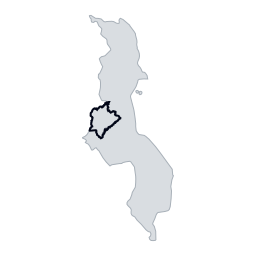 Kasungu, Kasungu, Malawi shown in context
{"feature_id": "42251766B4237185447418", "entity_name": "Kasungu", "entity_type": "district", "adm_level": 2, "iso_a3": "MWI", "parent_name": "Malawi", "parent_adm1": "Kasungu", "projection": "orthographic", "projection_center": [33.451, -12.996], "detail": "fine", "context": "in_parent", "style": "outline", "palette": "ink", "viewbox_px": 256, "rotation_deg": 0, "n_neighbors": 0, "source": "geoboundaries", "source_scale": "gbopen_adm2", "svg_char_len": 7341}
<svg xmlns="http://www.w3.org/2000/svg" viewBox="0 0 256 256"><path d="M97.7,149.8L96.1,147.7L94.9,148.2L93.2,149.7L92.2,150.1L91.7,150.0L91.4,149.7L91.0,148.7L89.7,146.0L88.2,144.1L86.6,143.3L85.3,142.5L85.9,141.6L86.5,141.0L86.2,140.3L85.5,139.4L82.6,138.1L82.6,137.5L85.1,136.3L86.7,134.9L87.7,133.6L89.1,130.7L90.2,127.8L91.0,126.8L91.3,124.9L91.1,122.7L91.6,120.0L91.9,117.4L91.1,116.3L90.3,114.6L91.2,111.6L92.5,109.5L98.8,107.4L103.2,105.4L104.1,104.6L105.6,102.9L106.4,101.3L105.8,100.8L102.4,100.7L101.5,100.1L99.0,94.4L100.4,87.9L100.5,85.3L100.5,82.1L100.1,79.8L99.0,78.8L98.3,77.6L98.5,74.2L99.5,73.8L101.7,69.3L102.7,66.6L101.5,64.5L100.2,61.5L99.6,59.6L99.3,58.9L100.2,57.7L101.7,56.6L103.3,56.3L105.1,55.7L110.7,50.1L110.7,49.0L109.7,47.2L107.6,44.3L107.2,43.2L106.9,39.8L106.1,38.7L103.0,36.5L100.7,34.0L101.4,31.6L101.8,28.9L100.7,27.5L98.9,25.9L97.9,23.7L97.4,22.1L96.0,21.4L94.7,21.4L93.8,22.4L92.8,22.3L91.6,22.0L91.2,20.6L91.2,19.0L90.3,18.0L89.5,16.5L89.4,15.7L89.9,15.5L91.0,15.4L95.5,18.3L98.2,18.4L101.2,19.0L103.8,21.5L105.2,21.9L106.9,21.5L111.8,21.3L113.7,21.6L116.3,23.1L117.3,23.4L118.8,23.4L119.1,23.0L119.3,22.1L119.0,20.3L119.4,19.3L120.3,18.3L123.0,19.5L129.7,25.2L129.9,25.9L134.1,31.5L135.5,33.9L135.5,35.1L136.8,40.0L137.0,42.3L136.7,44.1L136.8,45.4L137.3,47.4L137.1,48.3L138.6,51.2L139.3,53.7L139.5,56.1L139.1,58.4L137.7,61.8L137.5,63.2L137.8,64.4L138.6,65.8L140.0,67.3L141.1,69.1L141.9,71.1L142.5,72.1L143.2,72.1L144.7,72.4L145.8,73.6L147.1,75.6L147.5,78.0L147.7,79.0L143.9,78.9L139.2,79.3L138.0,80.2L137.6,82.2L136.1,86.4L135.3,87.9L133.5,90.7L131.0,94.7L130.5,96.0L130.6,97.3L132.0,102.7L133.5,108.4L134.0,110.6L135.1,118.2L135.7,123.5L135.7,126.6L136.2,130.8L137.6,133.1L139.0,134.5L144.3,135.4L145.9,136.5L148.9,139.1L155.5,146.6L159.1,151.3L162.2,155.5L167.8,163.2L172.2,169.2L172.7,174.9L173.4,175.7L171.9,179.8L170.8,186.5L171.5,191.0L171.1,198.6L170.2,206.7L169.2,209.6L167.9,210.7L164.8,211.5L158.0,212.5L157.0,213.4L156.1,215.0L154.8,218.7L153.1,222.4L152.6,224.0L152.9,224.4L154.3,226.4L155.7,231.3L155.9,239.7L155.4,240.3L153.4,240.6L151.3,240.5L150.4,240.0L149.6,239.1L149.1,237.3L150.5,236.1L151.0,233.9L150.1,232.0L148.3,231.6L146.0,229.8L141.2,224.2L137.1,220.2L134.8,216.9L132.4,215.6L131.7,214.8L131.1,213.4L131.1,211.5L131.3,210.0L130.6,208.3L128.1,205.8L127.0,204.4L127.0,202.7L128.0,201.0L130.1,199.1L131.7,195.0L132.3,192.4L135.3,187.2L135.7,182.7L135.8,179.0L135.7,176.3L134.9,170.7L134.4,166.9L130.8,161.8L129.6,161.3L126.1,161.8L123.1,162.5L121.6,163.5L119.3,163.6L113.4,164.5L111.6,164.8L110.5,165.7L109.9,165.9L106.2,162.0L103.0,157.8L98.8,150.6L97.7,149.8ZM140.8,94.5L139.8,94.7L139.2,94.2L139.3,92.6L139.7,91.5L140.7,91.3L141.4,91.6L141.9,92.1L141.9,93.0L141.6,93.8L140.8,94.5ZM138.6,91.6L138.0,93.2L136.9,93.1L135.8,91.8L136.1,90.7L137.2,90.4L138.1,90.8L138.6,91.6Z" fill="#d9dde1" stroke="#a8b0b8" stroke-width="1"/><path d="M111.8,126.0L111.7,125.8L111.8,125.4L112.1,125.4L112.3,125.2L112.5,125.2L112.8,124.9L113.0,124.7L113.5,124.5L113.4,124.1L113.5,123.9L113.5,123.7L113.9,123.5L114.0,123.4L114.3,123.0L114.6,122.9L114.7,123.0L114.9,123.0L114.9,122.9L115.0,122.9L115.3,122.7L115.2,122.5L115.2,122.3L115.1,122.1L115.2,121.9L115.6,121.8L115.8,121.6L116.1,121.6L116.3,121.7L116.5,121.5L116.5,121.4L117.1,121.2L117.3,120.8L117.6,120.7L117.8,120.6L118.1,120.5L118.3,119.7L118.5,119.4L118.8,119.3L119.0,119.3L119.1,119.2L119.3,119.0L119.4,118.9L119.8,118.7L120.0,118.6L120.3,118.5L120.4,118.0L120.1,117.8L119.8,117.7L119.7,117.5L119.6,117.4L119.4,117.3L119.3,117.1L119.2,117.1L119.0,116.6L118.9,116.2L117.9,115.7L116.9,115.6L116.5,115.6L116.4,115.6L116.1,115.5L116.0,115.2L115.9,115.1L115.7,115.1L115.4,115.1L115.2,114.8L115.0,114.6L115.1,114.3L115.2,114.1L115.2,113.8L115.2,113.7L115.4,113.5L115.3,113.3L115.3,113.2L115.2,113.1L115.2,112.9L115.3,112.8L115.3,112.7L115.5,112.3L115.6,112.2L115.6,111.8L115.5,111.7L115.1,111.7L114.8,111.7L114.5,111.7L114.5,111.9L114.3,111.9L114.1,111.7L113.9,111.5L113.8,111.4L113.9,111.2L113.7,111.1L113.3,111.1L113.2,111.1L113.0,111.3L112.7,111.3L112.4,111.5L112.0,112.0L111.6,112.2L111.4,112.3L111.2,112.4L110.9,112.4L110.7,112.6L109.8,111.8L109.7,111.2L109.0,110.4L108.6,110.6L108.2,110.9L107.7,109.9L107.6,108.5L107.7,108.2L107.9,108.0L108.1,107.8L108.4,107.6L108.4,107.3L108.3,107.2L108.2,107.2L107.9,106.8L107.9,106.6L107.7,106.5L107.7,106.1L107.6,105.7L107.5,105.4L107.4,105.2L107.1,104.7L107.4,104.4L108.5,104.1L108.4,103.5L109.1,102.0L108.7,102.0L108.4,102.3L107.5,102.3L107.2,102.2L106.7,102.4L106.4,102.5L106.2,102.8L106.2,103.0L105.8,103.1L105.6,103.2L105.4,103.2L105.3,103.4L105.2,103.4L105.2,103.6L105.4,104.0L105.5,104.3L105.2,104.6L104.8,104.6L104.7,104.7L104.4,104.9L104.1,105.0L104.1,105.3L103.9,105.4L103.8,105.6L103.5,105.8L103.7,106.0L103.5,106.3L103.3,106.3L103.1,106.5L102.9,106.7L102.7,107.1L102.3,107.3L102.1,107.4L102.0,107.2L101.8,107.0L101.4,107.0L101.3,106.9L101.3,106.7L101.1,106.6L100.9,106.5L100.7,106.6L99.8,106.7L99.6,106.8L99.4,107.1L98.7,108.1L98.3,108.5L97.9,108.6L97.7,108.7L97.6,108.9L97.3,109.5L97.1,109.8L97.0,109.7L96.9,109.6L97.1,108.8L96.9,108.7L96.6,108.6L96.2,108.4L95.8,108.5L95.7,108.5L95.4,108.6L95.2,108.9L94.9,108.8L94.6,108.4L93.8,108.7L93.3,109.1L93.0,109.5L92.7,109.9L92.3,110.4L92.3,110.6L92.1,111.3L92.0,111.7L91.6,112.2L91.3,112.5L90.8,113.0L90.7,113.2L90.7,115.0L90.6,115.5L90.7,115.9L90.9,116.0L91.5,116.5L91.7,116.8L91.9,116.9L92.2,117.0L92.3,117.1L92.6,117.7L92.6,117.9L92.4,118.1L92.3,118.8L92.2,119.4L92.2,119.7L92.2,119.9L92.1,120.1L91.8,120.3L91.7,120.7L91.6,120.9L91.4,121.0L91.5,121.2L91.7,121.6L91.6,122.1L91.3,122.5L91.3,123.0L91.2,123.4L91.2,123.6L91.3,123.9L91.3,124.1L91.3,124.3L91.2,124.6L91.3,124.7L91.7,125.3L92.1,126.1L92.3,126.3L92.3,126.5L91.7,126.7L91.4,126.9L91.2,127.3L91.1,127.7L91.0,127.8L90.6,127.9L90.4,128.0L90.2,128.3L89.9,129.5L89.6,130.3L89.8,130.7L95.8,130.2L96.2,130.4L96.3,130.5L96.3,130.9L96.4,131.4L96.3,131.6L96.3,131.8L96.2,131.9L96.1,132.1L96.2,132.4L96.3,132.5L96.5,133.1L96.7,133.3L96.7,133.5L96.9,133.7L97.0,133.9L97.0,134.3L97.0,134.8L97.3,135.1L97.7,135.3L98.1,135.6L98.7,136.1L98.9,136.4L99.0,136.4L99.1,136.6L99.0,136.9L99.1,137.1L99.5,137.2L100.0,137.1L100.2,137.3L100.3,137.6L100.4,137.8L100.5,138.0L100.8,138.3L101.0,138.2L101.3,138.1L101.7,137.9L101.7,137.7L102.0,137.7L102.2,137.4L102.3,137.3L102.6,137.2L102.7,136.8L102.7,136.3L102.7,136.1L102.7,135.9L102.5,135.7L102.6,135.2L102.6,134.9L102.7,134.6L102.9,134.5L103.1,134.5L103.2,134.4L103.4,134.6L103.5,134.5L103.5,134.4L103.5,134.2L103.5,133.9L103.7,134.0L103.9,133.8L104.1,133.6L104.1,133.4L104.2,133.1L104.2,132.8L104.4,132.7L104.4,132.3L104.6,132.3L104.6,132.2L104.8,132.0L104.8,131.9L104.9,131.7L104.9,131.4L105.0,131.3L104.8,131.1L105.1,130.9L105.1,130.7L105.0,130.3L104.7,130.1L104.7,129.9L104.8,129.7L104.9,129.3L105.0,129.2L105.1,129.4L105.3,129.5L105.6,129.6L105.7,129.8L105.9,129.8L106.1,130.0L106.4,130.1L106.5,129.9L106.8,130.1L107.0,130.0L107.1,129.3L107.4,129.5L107.5,129.5L107.6,129.4L107.5,129.2L107.4,128.9L107.4,128.7L107.5,128.5L108.3,128.5L108.4,128.4L108.5,128.2L108.7,127.6L108.5,127.4L108.5,127.2L108.8,127.0L109.1,126.9L109.3,127.0L109.5,126.9L109.6,127.0L109.7,126.9L109.9,127.0L109.9,126.9L110.0,126.7L110.4,126.5L110.5,126.3L110.7,126.2L110.9,126.2L111.0,126.1L111.3,126.1L111.5,126.2L111.8,126.0Z" fill="none" stroke="#020617" stroke-width="2"/></svg>